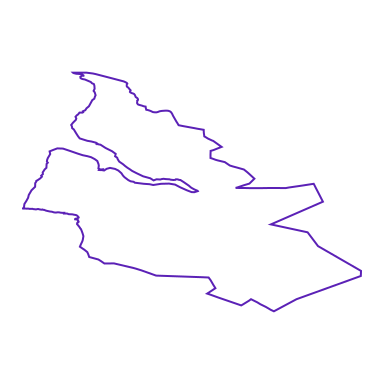 Kåfjord nor 2, Troms, Norway
{"feature_id": "86288312B7453580545213", "entity_name": "Kåfjord nor 2", "entity_type": "district", "adm_level": 2, "iso_a3": "NOR", "parent_name": "Norway", "parent_adm1": "Troms", "projection": "natural_earth1", "projection_center": [20.51, 69.497], "detail": "fine", "context": "isolated", "style": "outline", "palette": "violet", "viewbox_px": 384, "rotation_deg": 0, "n_neighbors": 0, "source": "geoboundaries", "source_scale": "gbopen_adm2", "svg_char_len": 5588}
<svg xmlns="http://www.w3.org/2000/svg" viewBox="0 0 384 384"><path d="M73.0,72.7L73.1,72.8L73.5,73.0L73.8,73.1L74.0,73.2L74.6,73.3L75.2,73.5L76.1,73.7L76.5,73.6L76.8,73.8L77.3,73.8L79.9,74.0L81.2,74.3L82.1,74.5L82.3,74.7L82.7,74.9L83.4,75.3L83.5,75.4L83.5,75.6L83.3,75.6L83.1,75.8L82.6,75.6L82.3,75.6L81.4,76.1L80.3,76.9L80.6,78.2L82.3,79.0L84.9,79.5L90.8,82.0L91.9,83.2L93.9,84.1L94.4,85.8L94.6,88.8L93.6,90.9L94.7,92.3L95.6,95.2L94.9,96.7L94.3,98.7L92.3,100.1L91.7,101.2L88.9,106.3L86.5,108.3L85.3,110.2L82.9,111.3L83.2,112.2L82.5,112.6L79.5,112.6L78.1,114.4L76.8,115.3L75.5,116.8L76.3,118.5L75.8,119.9L72.9,122.8L71.2,125.0L71.9,126.3L72.2,128.2L73.8,129.4L75.9,132.9L78.0,136.2L79.7,138.4L87.3,140.8L91.4,141.5L96.0,142.7L96.5,143.1L96.3,143.1L96.2,143.1L96.3,143.3L96.7,143.3L96.7,143.5L96.9,143.8L97.0,143.7L96.8,143.5L97.1,143.5L97.8,143.9L97.5,144.1L97.9,144.2L98.2,144.2L98.7,144.4L100.5,144.7L105.6,148.0L112.0,151.2L115.7,153.9L115.1,156.3L117.2,157.7L117.7,159.2L119.2,161.6L123.0,164.2L125.1,166.0L127.5,167.8L129.7,169.2L132.1,170.9L136.4,173.1L143.1,176.3L150.3,178.3L153.6,180.4L156.5,179.3L160.4,179.5L161.6,179.1L163.5,178.8L165.8,179.1L169.4,179.3L170.7,179.7L173.5,180.0L175.4,179.8L175.9,179.3L177.8,179.4L179.1,179.9L180.4,180.0L183.7,182.1L188.9,185.7L190.5,187.1L191.4,187.8L194.5,189.5L197.6,190.8L197.8,191.1L194.3,192.2L191.6,192.1L186.9,190.3L180.0,187.2L175.1,184.6L169.1,183.6L161.1,183.8L153.2,185.0L149.6,184.2L143.8,183.8L134.8,182.7L133.7,181.8L130.6,181.3L128.3,180.1L124.5,177.2L123.0,175.6L121.4,173.2L118.3,170.5L115.0,168.9L110.0,167.9L106.7,168.8L104.1,170.5L102.4,170.2L102.8,169.3L101.7,169.4L100.8,170.1L99.1,170.0L99.7,169.1L98.4,168.5L98.8,165.7L98.5,164.1L97.3,161.0L94.7,159.1L91.1,157.2L87.5,156.2L82.7,155.2L77.7,153.6L70.2,151.0L63.0,148.6L57.3,148.4L53.0,150.0L49.6,151.4L50.2,154.0L49.3,155.6L47.8,158.1L47.1,160.0L46.9,161.6L47.8,162.7L46.6,163.9L46.4,167.8L44.6,169.5L43.6,171.1L42.7,172.4L42.9,174.1L41.2,175.7L41.9,176.7L40.2,178.4L37.9,180.0L36.3,180.9L36.3,181.5L35.2,183.2L35.2,184.6L35.1,186.8L31.5,190.3L30.0,192.9L28.8,194.9L28.1,197.8L26.2,201.2L24.4,204.0L24.0,207.1L23.0,208.4L23.0,208.5L23.8,208.6L24.9,208.5L26.7,208.7L27.5,208.6L28.4,208.7L28.9,208.7L29.5,208.9L29.8,208.9L31.2,208.9L31.6,208.9L32.3,208.8L32.7,208.9L33.2,209.1L34.5,209.2L35.0,209.3L35.7,209.3L35.9,209.4L36.5,209.3L37.4,209.1L38.0,209.0L38.7,209.1L39.1,209.3L41.4,209.7L42.0,209.6L42.6,209.5L43.0,209.8L43.5,209.9L43.9,209.9L44.2,209.9L45.2,210.3L45.6,210.5L47.1,210.9L49.9,211.5L51.7,211.7L52.5,211.9L53.6,212.3L54.9,212.5L56.4,212.5L57.4,212.3L57.9,212.3L58.7,212.3L59.3,212.4L60.2,212.6L60.8,212.7L63.2,212.9L63.4,212.8L63.6,212.8L63.8,212.8L64.1,212.8L64.0,213.1L63.9,213.3L63.9,213.5L66.1,213.5L67.4,213.6L67.7,213.7L68.1,214.0L68.8,214.2L71.5,214.3L72.8,214.4L73.8,214.7L74.7,214.8L75.6,215.0L76.1,215.1L76.8,215.4L77.1,215.7L77.5,216.0L78.0,216.5L78.3,217.0L78.6,217.2L78.7,217.5L78.5,217.8L78.0,218.0L77.6,218.1L77.4,218.2L77.3,218.3L77.0,218.5L76.7,218.6L75.7,218.7L75.2,218.9L75.1,219.1L75.1,219.3L76.2,219.4L76.9,219.5L77.6,219.7L77.7,219.9L77.8,220.0L77.7,220.1L77.8,220.5L78.3,221.1L78.2,221.3L78.6,221.8L78.4,222.2L78.2,222.3L77.5,222.6L77.3,222.8L77.3,223.1L77.3,223.3L77.2,223.5L77.0,223.9L77.1,224.2L77.3,224.3L77.5,224.6L77.7,224.9L78.0,225.2L78.2,225.5L78.5,225.9L79.0,226.4L79.1,226.5L79.2,226.8L80.0,227.8L80.1,228.0L80.2,228.4L80.4,228.6L80.9,229.0L81.5,230.4L82.5,233.1L83.4,236.1L83.3,236.8L82.8,239.7L82.5,240.8L82.2,241.6L80.9,244.3L79.9,246.7L84.7,250.0L87.3,252.1L88.3,254.4L89.2,257.0L98.4,259.5L101.1,261.2L104.4,263.5L114.0,263.4L133.5,268.0L135.7,268.6L141.5,270.4L156.1,275.6L201.8,277.2L208.6,277.5L210.6,280.2L213.4,285.0L215.4,288.2L207.2,293.6L210.2,294.6L218.2,297.5L241.2,305.4L243.0,304.4L245.9,302.6L249.0,300.7L251.0,299.2L257.4,302.4L260.3,304.2L265.8,306.9L268.9,308.7L270.7,309.8L273.9,311.3L296.5,299.2L360.8,276.0L360.9,274.0L361.0,270.9L318.0,246.1L315.6,242.9L307.6,232.3L270.9,224.4L322.9,201.7L318.3,192.7L317.0,190.2L315.9,188.1L314.4,185.1L313.7,183.8L302.7,185.5L298.6,186.1L288.9,187.5L285.6,188.1L277.3,188.0L269.5,188.0L262.8,188.1L252.0,188.1L248.8,188.1L244.2,188.0L240.0,188.0L235.6,187.9L237.5,187.4L244.0,185.2L249.4,183.6L254.4,178.7L253.1,177.5L249.3,174.0L247.4,172.3L243.9,169.5L237.5,167.7L232.7,166.4L229.8,165.5L224.8,162.1L217.7,160.4L215.6,159.8L212.4,158.6L210.5,158.0L210.5,154.7L210.6,151.7L210.6,150.9L213.4,150.1L217.2,148.6L221.6,146.9L213.2,140.9L212.3,140.6L208.0,138.6L205.6,137.1L204.3,136.4L204.1,134.8L203.9,133.4L203.8,132.5L203.7,129.8L197.2,128.7L194.7,128.2L183.1,126.1L178.6,125.2L177.5,123.3L176.4,121.6L173.7,116.9L172.9,115.5L172.4,114.3L171.3,112.5L170.8,112.0L170.4,111.7L169.8,111.3L169.2,111.1L168.3,110.8L167.2,110.7L164.8,110.7L162.0,110.9L161.2,111.0L159.6,111.3L157.8,112.0L156.6,112.3L155.6,112.3L154.7,112.3L153.9,112.2L153.0,112.1L152.1,111.7L150.7,111.0L149.3,110.5L147.3,109.9L146.3,109.8L146.0,108.9L145.8,108.0L145.7,107.2L145.6,106.6L144.4,106.4L143.5,106.2L141.9,105.6L138.9,104.8L137.8,104.3L137.4,103.6L137.1,103.1L137.1,102.6L137.3,101.1L137.2,100.6L138.0,99.9L138.0,99.4L137.8,98.8L137.3,98.1L136.7,97.7L135.7,97.0L135.5,96.6L135.0,95.2L134.1,94.0L133.3,93.6L131.5,93.0L130.2,92.3L129.9,91.9L130.0,91.5L130.1,91.2L130.6,90.6L130.6,90.3L130.3,89.9L129.9,89.6L129.5,89.2L129.3,88.8L128.9,88.4L128.7,88.1L128.0,87.4L127.0,86.7L126.8,86.3L126.7,85.9L126.8,84.4L127.0,84.0L127.3,83.7L127.1,83.3L126.6,82.8L125.3,82.1L123.7,81.4L111.9,78.3L95.7,74.1L92.9,73.5L86.7,72.7L78.7,72.7L73.0,72.7Z" fill="none" stroke="#5b21b6" stroke-width="2"/></svg>